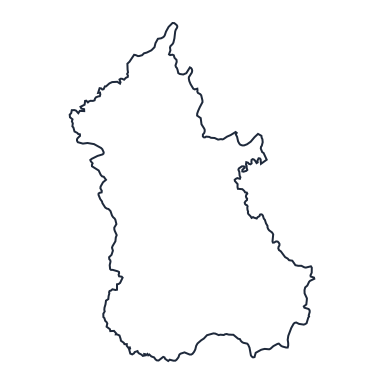 outline of Coromandel, Minas Gerais, Brazil
{"feature_id": "56859067B86368088013464", "entity_name": "Coromandel", "entity_type": "district", "adm_level": 2, "iso_a3": "BRA", "parent_name": "Brazil", "parent_adm1": "Minas Gerais", "projection": "albers", "projection_center": [-47.125, -18.343], "detail": "fine", "context": "isolated", "style": "outline", "palette": "slate", "viewbox_px": 384, "rotation_deg": 0, "n_neighbors": 0, "source": "geoboundaries", "source_scale": "gbopen_adm2", "svg_char_len": 5981}
<svg xmlns="http://www.w3.org/2000/svg" viewBox="0 0 384 384"><path d="M109.6,291.0L109.1,292.2L109.3,293.5L108.6,296.1L108.3,299.1L106.0,300.6L105.5,304.3L104.5,307.7L104.3,309.9L104.7,311.4L103.3,313.8L103.4,317.1L104.4,318.1L105.2,320.8L106.5,322.0L107.3,323.5L106.6,326.7L109.9,329.2L110.3,331.1L114.0,330.9L116.1,333.3L115.8,334.4L117.1,334.4L119.5,335.5L120.7,339.2L120.9,340.7L123.8,342.8L124.4,344.1L126.8,344.1L126.7,345.7L128.2,347.7L129.8,347.4L130.1,348.6L129.1,349.3L130.3,353.6L132.2,354.4L133.9,353.4L134.7,352.1L137.5,351.1L138.0,352.3L138.9,353.3L141.6,354.7L142.8,355.9L144.2,355.6L144.2,354.0L145.3,354.2L146.0,355.2L147.4,354.0L148.2,355.3L149.3,354.5L151.3,356.4L154.1,357.4L155.6,359.5L156.9,360.4L158.6,360.5L163.2,356.9L164.5,357.4L165.1,358.8L168.2,361.0L169.7,359.7L173.5,360.7L175.3,360.7L176.5,359.8L178.4,357.4L179.4,354.6L180.5,353.7L184.5,352.4L189.6,354.5L191.3,354.5L192.5,353.8L194.1,351.8L195.3,349.4L196.2,345.8L197.5,343.5L198.5,342.6L201.3,340.2L203.8,338.6L207.0,335.2L213.4,333.4L215.3,333.6L218.7,335.1L220.3,334.7L223.8,335.0L225.0,334.3L226.7,334.0L228.6,334.6L233.4,334.8L238.1,338.7L240.0,339.2L240.7,340.7L242.1,342.1L243.4,342.8L247.1,343.6L248.1,344.6L249.5,347.7L250.9,355.3L251.7,356.5L253.0,357.4L254.5,357.1L255.7,352.8L261.1,349.8L262.9,349.3L264.7,348.9L269.2,349.3L270.5,348.7L273.4,346.1L277.5,343.9L278.8,343.6L281.2,345.9L282.4,346.5L286.0,347.5L287.7,347.5L288.2,345.6L288.2,343.1L287.7,339.8L288.3,335.8L291.3,327.9L293.6,323.8L294.6,322.9L296.2,322.5L299.0,323.9L303.7,324.6L305.0,324.2L306.6,323.2L308.3,317.5L309.1,316.5L308.7,315.4L309.7,312.0L309.6,310.3L308.6,309.0L304.4,307.7L303.8,306.4L306.3,304.5L306.8,300.2L306.9,298.3L304.6,293.4L304.5,290.1L305.2,287.4L307.3,285.6L309.1,281.8L310.1,280.8L314.3,278.8L314.0,277.6L310.7,276.5L310.5,275.3L311.7,272.7L311.8,267.7L310.9,266.3L305.8,267.6L304.3,267.3L301.4,265.8L298.2,265.8L295.4,265.2L292.3,260.7L289.1,260.2L287.7,258.6L285.1,257.1L280.8,251.3L279.0,250.1L278.3,248.4L278.6,246.7L279.4,245.5L279.5,244.0L278.7,242.6L277.7,241.6L276.1,241.4L274.0,242.6L272.9,242.6L272.5,241.4L273.2,234.4L272.1,232.5L269.1,230.3L268.1,228.9L267.5,227.4L267.5,225.9L266.0,223.4L264.9,219.9L263.8,218.6L262.9,215.7L262.2,214.7L261.1,214.3L260.0,214.6L259.4,216.2L257.6,217.2L256.7,218.5L254.1,217.7L253.0,217.1L251.6,217.9L250.5,216.2L248.4,214.1L247.9,212.9L248.1,211.6L247.5,209.9L247.3,207.7L247.6,206.3L246.9,205.2L245.8,204.8L245.0,203.9L244.7,202.6L245.5,201.3L247.0,200.0L247.1,198.5L246.3,197.8L245.9,196.3L246.3,194.8L247.3,193.7L246.8,192.6L245.1,192.4L244.3,191.0L242.4,189.2L237.9,188.8L237.5,187.0L237.6,184.1L234.9,181.0L234.7,179.8L235.9,178.8L237.3,178.1L239.9,178.8L240.4,177.3L239.6,175.5L239.3,171.8L238.4,169.8L238.8,168.5L241.8,166.4L243.3,166.3L244.5,166.6L244.5,167.9L242.4,169.8L242.3,171.4L243.5,171.7L246.2,170.9L247.3,169.9L246.7,168.0L246.6,165.8L246.0,164.4L246.3,162.2L248.0,162.7L249.0,163.9L250.5,164.3L251.6,163.4L251.4,161.5L251.6,159.8L252.8,159.1L254.2,159.7L255.0,160.6L256.6,163.1L257.7,162.4L257.4,160.8L258.6,158.3L259.8,158.4L260.6,159.4L261.0,163.8L266.7,159.7L263.6,153.0L262.2,152.1L260.8,148.6L261.0,146.9L261.8,145.7L262.7,142.2L262.4,139.2L261.7,137.8L261.4,135.8L258.0,133.9L254.5,137.2L250.7,141.7L247.0,144.3L244.1,145.4L242.2,145.4L240.3,144.7L239.3,143.6L238.1,141.4L237.1,136.9L235.8,134.4L236.7,132.9L235.6,132.0L230.6,135.1L227.1,136.6L223.4,139.1L222.3,139.4L221.0,139.1L218.1,139.6L214.6,138.0L211.0,137.8L209.2,136.9L206.1,136.6L205.2,137.3L204.0,137.4L202.9,136.5L202.9,134.5L204.2,133.0L204.7,131.3L204.7,129.8L204.2,128.6L201.5,124.3L200.7,118.1L197.1,115.6L197.2,113.6L198.1,111.0L199.8,107.2L202.5,102.1L202.4,100.3L201.2,95.3L200.3,94.2L197.9,92.9L197.3,91.6L197.5,90.2L197.3,88.7L194.7,89.4L193.3,88.7L190.6,84.2L189.3,81.1L188.8,78.6L188.9,77.1L191.8,72.6L192.2,70.8L191.9,69.3L191.1,68.1L189.9,67.4L186.3,73.2L183.2,74.5L179.8,74.0L178.3,73.1L177.5,69.7L176.9,68.1L175.9,66.9L175.5,65.4L176.7,61.9L176.5,59.9L174.5,57.8L173.8,55.3L172.5,54.7L170.1,55.1L169.0,54.4L170.4,50.4L170.0,47.6L170.4,46.2L172.6,44.0L173.4,42.6L174.4,38.4L175.2,31.5L175.7,29.9L177.1,27.6L177.3,26.2L176.7,25.1L174.3,23.1L172.5,23.0L168.6,26.9L166.0,31.6L164.8,35.2L164.1,36.4L162.9,37.4L161.1,38.3L157.9,38.8L155.5,43.1L154.5,47.2L151.4,50.3L146.7,52.6L144.0,53.3L142.1,55.2L139.3,56.0L138.0,56.1L135.7,55.1L134.1,54.8L129.5,61.7L127.4,63.7L127.6,69.7L128.0,72.4L127.1,74.0L127.9,75.4L127.8,76.9L125.9,77.8L124.1,79.7L122.1,78.8L120.8,78.7L119.5,79.5L120.5,82.3L120.0,83.6L117.3,81.8L112.1,82.1L109.4,83.4L106.0,86.4L104.9,86.4L103.6,89.2L102.3,89.5L101.2,88.4L99.6,88.2L98.1,92.9L100.0,92.6L100.3,94.5L99.8,96.2L98.3,96.4L96.0,97.3L95.0,98.6L94.6,100.3L92.9,100.9L90.5,100.8L88.8,101.5L87.9,102.4L86.3,100.7L85.1,100.9L84.6,104.7L80.5,106.8L81.4,108.6L84.1,109.2L84.2,111.1L79.8,110.9L78.3,113.2L76.0,110.6L74.5,110.1L71.8,110.2L71.2,113.1L69.7,114.7L70.0,117.3L72.5,119.3L71.9,121.3L72.8,123.4L72.4,126.4L73.4,127.5L74.5,131.5L77.3,132.9L78.2,134.0L79.9,134.3L80.0,135.9L77.6,138.2L77.0,139.3L77.0,140.7L77.8,142.2L82.9,143.6L87.5,143.0L94.0,144.1L101.1,148.0L102.3,149.2L103.7,152.3L103.5,153.6L102.6,154.4L97.6,155.9L91.6,158.9L90.3,160.0L90.9,161.4L92.6,163.3L91.9,164.9L92.0,166.3L98.7,170.5L100.7,174.8L102.0,176.3L103.8,176.8L106.0,179.8L103.0,182.3L100.6,186.6L100.4,188.3L101.8,190.9L101.6,192.4L99.7,192.8L98.6,193.5L98.5,194.8L100.2,199.0L102.0,201.5L102.4,203.1L105.2,207.5L106.8,208.6L108.5,209.0L110.5,211.1L112.0,215.5L113.1,217.2L114.6,218.5L115.4,219.9L116.4,224.1L114.3,227.6L114.3,229.2L114.7,230.7L116.7,235.1L115.8,237.5L115.4,241.3L112.5,246.2L112.0,247.7L112.9,250.7L111.5,254.9L109.1,257.2L109.3,259.2L110.3,260.3L110.5,261.7L109.7,265.1L110.1,269.0L111.0,269.9L112.8,269.9L117.7,271.3L119.0,272.0L119.1,273.3L118.6,274.7L119.1,276.3L121.7,276.7L122.6,277.7L120.1,282.9L118.6,284.0L117.0,284.3L117.0,289.7L115.5,290.0L112.4,289.3L111.1,290.5L109.6,291.0Z" fill="none" stroke="#1e293b" stroke-width="2"/></svg>